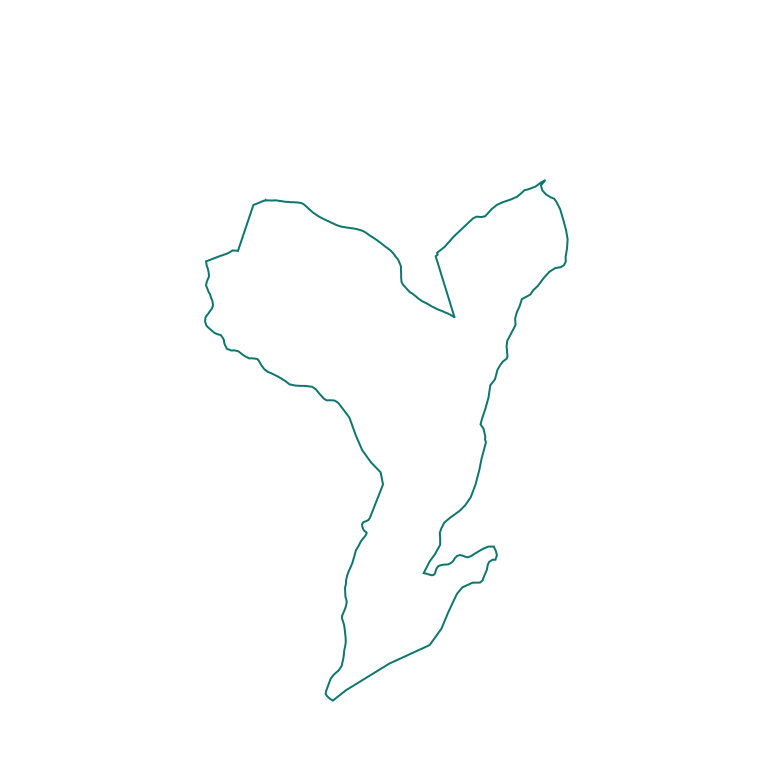 Desrameaux, Dauphin, Saint Lucia (Mercator projection), rotated 316°
{"feature_id": "8701671B79417644951649", "entity_name": "Desrameaux", "entity_type": "district", "adm_level": 2, "iso_a3": "LCA", "parent_name": "Saint Lucia", "parent_adm1": "Dauphin", "projection": "mercator", "projection_center": [-60.926, 14.037], "detail": "fine", "context": "isolated", "style": "outline", "palette": "teal", "viewbox_px": 768, "rotation_deg": 316, "n_neighbors": 0, "source": "geoboundaries", "source_scale": "gbopen_adm2", "svg_char_len": 6154}
<svg xmlns="http://www.w3.org/2000/svg" viewBox="0 0 768 768"><g transform="rotate(316 384 384)"><path d="M341.2,172.2L338.4,176.1L338.3,176.4L338.0,177.5L336.1,180.7L335.4,182.0L334.1,183.5L333.1,184.8L331.9,185.6L330.5,186.0L327.5,187.4L326.1,188.3L324.9,189.1L324.3,189.7L323.5,191.9L322.3,194.7L321.6,196.6L321.3,198.1L320.8,199.4L320.1,200.7L319.1,202.8L318.7,204.0L318.1,205.3L317.3,206.4L316.0,208.2L314.9,209.1L313.3,209.8L312.4,210.2L308.8,210.8L307.7,211.1L302.7,211.8L301.4,212.4L300.4,213.3L299.3,214.2L298.6,214.9L297.4,217.3L296.8,218.9L296.8,220.8L297.1,225.0L297.6,229.6L298.2,231.3L299.3,233.4L299.9,234.3L300.6,235.6L300.0,239.1L299.6,240.5L299.2,241.5L298.6,242.1L298.0,242.9L297.0,244.8L296.5,246.0L296.2,247.4L295.7,248.6L295.5,249.8L296.0,250.9L296.7,252.0L297.2,253.5L298.1,254.5L299.0,255.1L299.8,256.0L301.3,258.2L302.0,259.4L302.5,263.1L302.6,264.5L303.5,268.1L304.4,270.5L304.7,271.8L306.3,273.3L307.7,274.7L310.2,278.0L310.2,279.9L309.6,282.2L308.6,286.6L308.2,290.5L308.8,294.4L310.3,297.7L312.5,303.9L314.1,309.3L315.1,313.6L315.8,318.7L319.3,323.7L322.5,327.2L325.7,330.3L330.4,336.1L331.3,340.3L330.9,344.8L330.7,348.7L330.6,353.0L331.4,355.9L334.4,358.7L337.0,361.6L338.0,365.9L335.8,384.1L328.0,401.4L322.4,416.4L320.2,431.4L320.2,445.2L313.5,455.6L280.6,470.6L278.5,471.0L276.0,470.3L273.2,469.1L271.7,469.3L270.5,470.0L269.7,470.9L268.8,472.6L268.2,474.0L267.8,475.4L268.2,477.9L268.1,479.1L266.6,479.8L264.3,480.4L262.9,480.5L262.0,480.5L258.2,481.1L255.1,482.2L254.0,482.6L250.6,483.5L248.1,484.2L244.0,486.7L241.3,488.2L239.0,489.6L236.4,491.0L231.4,493.1L227.6,494.6L224.1,496.4L220.6,498.7L217.3,501.7L214.4,503.5L208.5,510.2L207.6,512.0L206.3,514.2L205.3,515.3L201.5,517.8L198.9,519.1L192.7,521.7L191.1,523.1L188.1,529.3L185.9,532.4L180.2,539.8L177.0,543.3L173.6,545.9L170.5,547.9L167.4,550.6L163.5,553.6L159.1,556.4L157.8,557.3L156.4,557.7L153.5,558.3L152.1,558.5L145.7,558.2L143.1,558.6L140.6,559.1L129.2,564.6L126.8,566.3L126.2,569.1L126.4,572.6L127.1,575.2L127.3,576.2L144.1,577.9L193.9,588.9L235.5,603.5L255.3,599.9L271.1,593.1L290.4,585.7L299.0,584.7L309.6,588.4L315.2,593.6L318.8,593.7L321.1,592.4L328.9,589.1L332.5,586.5L335.8,585.0L340.0,585.8L342.1,587.8L344.3,586.6L346.1,585.8L347.3,583.9L348.7,581.3L349.3,579.1L350.1,577.3L346.2,573.5L341.0,571.4L333.1,569.5L326.9,568.2L323.9,566.9L322.6,565.0L321.6,562.6L319.9,559.9L317.3,558.5L314.3,558.5L310.0,559.5L306.8,559.0L304.6,558.2L303.4,557.0L303.0,556.8L301.1,555.1L298.4,553.5L296.6,552.8L294.8,553.0L292.7,553.6L290.9,554.6L289.4,555.5L287.9,555.9L286.5,555.5L285.4,554.6L284.2,552.6L282.9,550.1L281.2,547.6L293.4,543.4L302.5,541.8L312.7,538.7L317.3,533.9L320.8,529.8L324.9,527.7L331.0,525.6L338.6,526.1L349.7,527.7L357.9,527.7L368.0,525.6L380.2,519.8L392.9,512.0L402.0,505.7L416.8,496.8L418.2,494.0L420.3,492.3L424.6,485.1L425.4,480.1L430.9,476.8L439.8,472.2L450.0,466.2L455.1,462.2L459.5,458.8L467.1,457.7L475.7,452.5L481.8,450.9L485.1,450.4L489.7,451.0L492.0,449.9L498.3,442.1L502.7,438.5L506.9,437.2L512.4,435.3L515.6,434.3L519.7,432.8L523.8,428.0L529.5,424.6L535.5,422.3L542.2,418.7L546.5,420.0L551.5,421.3L556.3,420.2L562.8,420.3L572.8,418.7L580.8,418.2L587.7,419.5L592.5,422.9L596.3,423.5L599.8,422.2L602.8,418.8L609.6,413.8L616.5,407.6L621.7,400.0L627.3,389.9L632.1,380.7L634.5,372.9L635.1,368.9L633.6,365.5L632.2,360.2L632.4,354.7L634.9,350.1L640.6,349.5L641.8,349.4L636.9,348.1L630.0,347.2L622.4,343.9L619.8,342.2L614.3,342.1L609.8,341.7L603.7,339.5L595.9,335.8L589.7,333.6L582.9,333.0L573.2,333.6L570.0,331.5L566.8,327.9L563.0,326.7L536.5,326.4L523.0,327.5L513.3,326.5L512.5,328.2L509.9,328.0L480.8,385.5L480.9,384.7L480.6,383.1L480.5,382.5L480.1,381.5L480.0,380.9L479.7,379.9L479.4,379.2L478.9,377.6L477.7,375.1L477.0,373.1L476.8,372.7L476.6,372.2L476.0,370.8L475.7,370.4L474.6,368.0L473.7,365.5L473.1,363.7L472.3,361.4L471.5,358.6L471.2,357.4L470.8,356.2L470.5,355.2L469.6,352.7L469.0,351.1L468.6,349.1L468.0,346.0L467.9,344.6L467.9,344.1L467.5,341.1L467.4,340.6L467.3,339.4L467.3,338.9L467.1,338.2L466.9,337.6L466.7,337.1L466.5,336.4L466.5,334.6L466.4,334.1L466.5,333.2L466.4,332.4L466.5,331.6L466.6,326.6L466.7,325.5L467.3,323.3L467.9,322.2L468.6,321.4L469.2,320.7L470.2,319.4L473.3,316.2L473.9,315.4L475.0,314.3L475.9,313.2L477.7,311.4L478.7,309.3L479.5,307.1L479.9,306.2L480.2,305.0L480.5,304.2L480.7,303.4L480.7,301.9L480.8,300.6L481.0,299.4L481.2,298.5L481.3,297.8L481.3,296.5L481.5,295.6L481.5,293.2L481.3,292.1L481.3,291.7L481.2,290.9L481.0,290.2L481.0,289.5L480.9,288.9L480.8,288.2L480.7,287.5L480.5,287.1L480.4,286.2L480.4,285.9L480.0,283.6L480.0,282.5L479.6,280.6L479.6,280.3L479.5,279.6L479.5,279.3L479.1,277.5L478.9,275.7L478.7,275.2L478.7,274.7L478.4,273.7L478.3,272.9L477.5,269.4L477.3,269.1L476.9,267.4L476.5,264.8L476.4,264.4L476.2,263.5L475.9,261.8L475.6,260.7L474.9,258.8L474.5,258.1L474.2,257.4L473.9,256.9L472.4,254.3L471.1,252.4L470.4,251.3L469.5,250.2L469.1,249.7L468.4,248.9L466.7,246.5L466.3,246.2L465.1,244.4L464.7,244.0L464.4,243.5L463.3,242.2L462.2,240.4L461.5,239.1L461.3,238.8L461.0,238.1L460.8,237.8L460.4,237.1L459.9,235.6L459.2,233.9L458.9,233.1L458.0,231.0L457.1,228.2L456.6,227.4L455.9,225.2L455.2,223.5L453.8,219.3L453.2,217.0L452.6,214.1L452.1,211.8L451.9,210.5L451.9,209.6L451.8,208.3L451.7,207.4L451.7,206.7L451.6,206.0L451.5,205.2L451.5,204.2L451.5,203.2L451.4,202.7L451.4,201.7L451.2,199.9L451.1,199.1L450.8,198.0L450.5,197.2L450.0,196.1L449.2,195.0L448.3,193.9L447.7,193.0L447.4,192.8L446.7,192.0L445.9,191.3L445.7,191.0L445.3,190.5L445.0,190.3L444.0,189.2L443.3,188.6L442.5,187.6L441.4,186.2L441.1,185.9L440.4,185.4L440.2,185.1L439.8,184.6L438.1,182.4L437.5,181.5L436.6,180.4L436.1,179.9L435.3,178.7L434.9,178.2L434.3,177.4L433.6,176.6L433.2,176.1L432.5,175.7L432.1,175.3L427.0,170.3L426.8,169.4L426.2,169.6L425.5,169.1L424.3,168.4L423.4,168.1L421.5,167.3L420.6,167.1L420.3,166.9L419.6,166.7L417.7,165.9L417.1,165.6L416.8,165.6L416.0,165.1L414.4,164.5L371.4,186.8L370.7,185.8L369.0,184.0L368.4,183.4L367.9,182.8L367.0,182.5L365.7,182.3L362.4,181.5L361.0,180.8L359.7,180.3L357.9,179.4L356.5,178.8L355.0,178.0L353.9,177.6L341.2,172.2Z" fill="none" stroke="#0f766e" stroke-width="2"/></g></svg>